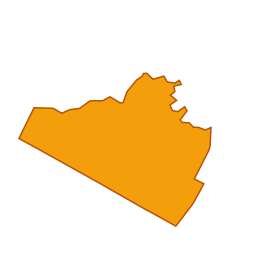 Davidson, North Carolina, United States of America (Robinson projection), rotated 117°
{"feature_id": "52423323B73587469313041", "entity_name": "Davidson", "entity_type": "district", "adm_level": 2, "iso_a3": "USA", "parent_name": "United States of America", "parent_adm1": "North Carolina", "projection": "robinson", "projection_center": [-80.266, 35.765], "detail": "fine", "context": "isolated", "style": "filled", "palette": "amber", "viewbox_px": 256, "rotation_deg": 117, "n_neighbors": 0, "source": "geoboundaries", "source_scale": "gbopen_adm2", "svg_char_len": 948}
<svg xmlns="http://www.w3.org/2000/svg" viewBox="0 0 256 256"><g transform="rotate(117 128 128)"><path d="M192.7,72.8L192.8,66.9L192.8,66.1L192.9,64.0L193.0,60.3L193.6,44.1L193.6,43.6L193.7,40.8L165.8,35.7L143.3,35.1L143.3,41.6L143.3,43.2L143.3,45.8L136.0,45.8L111.1,45.8L107.1,46.6L104.5,47.7L92.3,53.2L91.0,53.8L89.9,54.3L94.8,58.2L95.4,65.4L97.6,70.1L95.6,75.8L98.5,82.3L97.1,85.2L85.9,83.2L83.3,87.1L90.7,90.9L92.4,96.3L88.5,101.0L81.3,97.2L79.5,105.1L74.3,102.7L70.0,106.2L65.0,100.3L62.3,103.9L66.8,106.6L69.1,114.0L65.5,119.6L73.2,127.9L70.7,136.0L72.4,139.0L75.3,138.8L81.3,142.1L96.1,145.4L107.4,143.9L109.1,145.9L109.2,146.1L108.4,158.2L115.3,163.1L121.1,174.2L132.5,180.0L138.2,188.3L144.9,193.7L144.5,203.8L152.6,220.9L168.5,220.7L169.7,220.7L186.9,220.4L187.5,199.6L187.5,198.7L190.0,131.4L190.0,130.9L190.2,126.7L190.2,126.2L190.8,115.1L192.1,86.3L192.2,85.9L192.7,72.8Z" fill="#f59e0b" stroke="#b45309" stroke-width="1.5"/></g></svg>